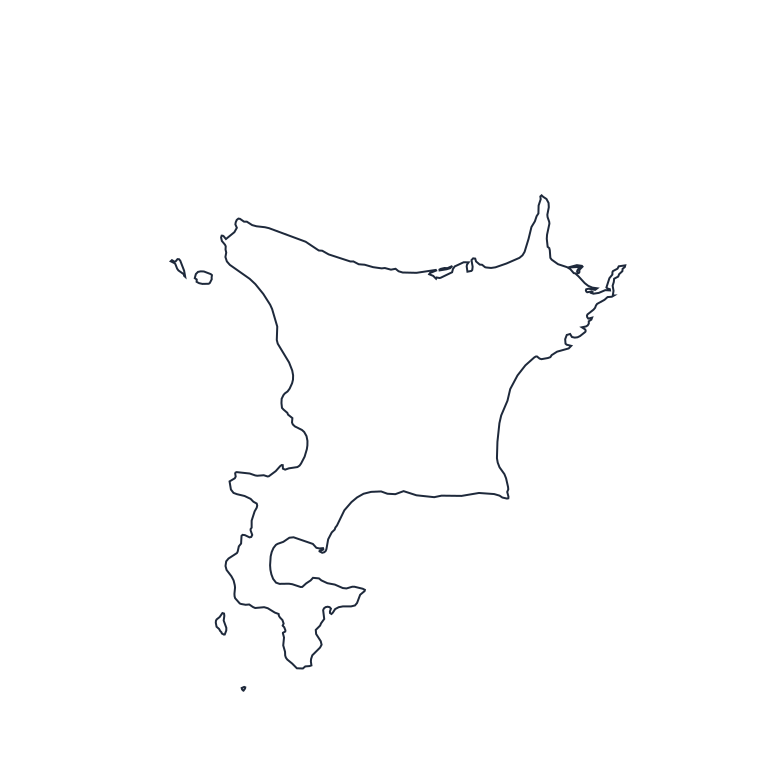 an SVG outline of Hokkaidō, rotated 332°
{"feature_id": "JPN-1847", "entity_name": "Hokkaidō", "entity_type": "Circuit", "adm_level": 1, "iso_a3": "JPN", "parent_name": "Japan", "parent_adm1": "", "projection": "natural_earth1", "projection_center": [142.428, 43.461], "detail": "fine", "context": "isolated", "style": "outline", "palette": "slate", "viewbox_px": 768, "rotation_deg": 332, "n_neighbors": 0, "source": "natural_earth", "source_scale": "10m", "svg_char_len": 6172}
<svg xmlns="http://www.w3.org/2000/svg" viewBox="0 0 768 768"><g transform="rotate(332 384 384)"><path d="M646.5,390.3L652.7,392.5L651.5,393.8L648.8,394.3L647.4,396.3L643.2,397.4L641.2,399.1L636.6,399.1L634.8,401.8L632.0,404.6L630.4,409.5L627.6,413.2L628.7,413.8L626.1,413.9L622.2,412.2L618.2,413.2L609.8,413.3L608.0,414.2L606.2,415.8L604.0,416.7L596.3,418.1L595.3,418.9L594.8,420.4L595.1,422.2L598.9,423.1L597.3,424.5L594.2,424.8L593.2,426.8L591.3,427.9L589.3,428.0L585.3,426.8L587.3,430.4L587.0,431.8L586.2,432.5L579.6,433.7L576.8,433.6L574.2,432.6L572.0,430.7L571.8,427.2L568.4,426.5L565.0,429.5L563.2,433.6L563.7,435.0L567.2,438.2L563.8,439.3L552.0,436.7L545.6,437.2L543.5,438.4L540.9,438.0L534.7,436.0L533.3,434.6L532.0,431.5L530.9,431.0L529.1,431.1L517.6,433.9L505.9,439.1L493.1,447.7L485.2,456.7L472.7,466.8L467.5,472.8L457.0,488.3L448.9,502.5L447.5,506.8L446.9,511.8L448.0,520.1L447.5,524.6L445.2,533.1L444.3,535.3L442.1,537.2L441.0,541.9L440.1,543.3L438.8,542.9L435.2,539.8L433.6,536.8L429.6,532.9L416.7,524.8L399.9,519.2L382.4,509.6L375.2,507.5L360.4,497.5L351.0,487.8L342.3,486.6L335.5,482.5L331.0,477.5L322.0,473.2L314.4,471.3L307.0,471.5L299.8,473.0L289.7,476.9L276.0,486.9L273.7,487.9L272.1,489.4L268.2,490.5L261.8,494.9L255.6,502.8L254.2,504.0L252.3,504.5L250.2,504.0L248.5,501.5L248.9,501.0L252.1,501.7L252.9,501.4L253.1,500.3L249.8,498.9L247.4,496.9L246.1,491.8L232.2,476.9L228.3,475.3L221.0,476.1L215.0,475.2L213.0,475.3L209.4,476.9L206.0,479.6L203.0,483.0L198.3,490.6L196.5,494.7L195.2,499.2L194.6,504.0L195.4,508.7L197.9,511.4L206.3,515.7L209.0,517.7L215.1,524.1L216.6,524.8L221.7,523.5L227.0,523.0L230.3,521.8L235.3,525.1L236.5,528.0L240.5,533.3L246.4,538.0L251.8,544.8L254.9,546.9L260.8,548.1L262.8,549.2L269.1,554.8L270.5,556.8L269.7,557.7L264.0,558.9L257.4,564.7L254.4,565.9L250.5,564.9L243.4,561.1L239.2,559.8L235.2,559.8L231.4,561.9L229.6,562.4L228.8,560.9L229.5,559.4L231.7,557.4L231.2,555.5L229.7,554.2L227.7,553.6L225.7,553.9L224.1,555.1L220.9,563.4L216.0,565.8L214.2,567.3L208.3,569.1L206.7,572.9L207.4,581.4L206.5,584.9L203.8,586.7L193.3,589.9L190.5,592.6L189.2,594.6L187.8,598.4L185.8,598.1L181.9,596.4L178.8,597.1L173.6,594.1L171.7,587.8L169.2,581.8L168.9,579.5L169.3,577.3L170.9,574.0L172.3,567.5L176.7,560.9L177.7,556.6L178.0,556.2L180.6,556.2L181.3,555.2L181.7,551.9L181.1,549.8L182.9,548.4L183.5,544.8L182.5,541.2L182.4,539.2L183.0,537.6L180.3,534.6L176.1,527.4L173.4,524.8L165.1,521.3L163.6,519.4L161.5,515.4L158.2,514.0L154.5,511.1L153.6,510.0L152.0,503.3L152.4,501.3L153.4,499.1L156.9,493.8L157.8,491.5L159.0,486.8L159.0,482.1L157.7,474.3L158.6,470.3L161.4,466.5L164.8,465.1L174.8,464.2L176.1,463.3L179.6,459.2L182.9,457.8L186.9,451.2L188.3,450.8L190.2,452.1L193.3,456.3L195.0,456.7L196.8,455.4L197.5,450.6L198.1,449.5L199.7,448.7L203.0,442.5L210.0,435.7L213.5,433.5L215.0,431.8L215.5,429.8L213.4,426.6L212.3,422.8L208.3,417.4L202.5,412.3L200.0,409.5L199.3,405.3L201.9,397.5L208.0,397.2L209.6,396.1L210.6,393.1L211.3,392.5L212.5,392.6L223.4,400.0L227.4,404.3L229.0,405.5L235.0,408.1L237.8,411.0L239.0,411.4L247.5,410.1L253.7,407.8L255.6,407.5L256.5,408.1L255.0,411.3L256.5,413.2L260.4,413.8L268.6,416.7L271.2,416.4L273.4,415.3L279.8,410.9L285.3,405.3L287.5,402.3L289.7,398.3L291.1,393.7L291.0,388.9L290.0,386.1L285.4,379.6L284.5,376.9L284.7,374.8L287.1,371.1L284.9,366.0L285.1,364.1L283.3,359.5L282.7,357.2L284.5,352.7L286.7,349.0L290.0,346.6L291.9,345.8L295.4,345.3L298.5,343.8L303.2,340.2L305.7,337.4L307.8,333.7L309.3,329.0L310.3,320.4L309.1,298.5L310.0,294.8L316.7,283.2L320.4,265.3L320.7,260.6L319.7,247.8L317.3,235.4L314.8,228.1L303.8,206.4L302.8,202.0L303.6,197.4L306.4,193.9L307.2,190.9L308.9,188.1L309.0,186.4L308.0,181.6L308.9,178.2L310.3,176.8L311.3,177.4L311.8,178.3L312.5,181.8L323.2,179.7L327.4,177.0L327.7,173.3L329.0,171.6L331.0,170.0L333.1,169.6L334.4,170.6L336.6,174.9L339.1,176.3L342.2,181.8L345.5,184.9L352.5,189.7L355.6,192.4L381.6,221.6L389.1,235.5L392.0,237.3L396.0,243.6L411.8,260.0L414.5,261.4L417.9,266.4L422.9,269.6L429.2,275.7L436.2,280.8L439.2,282.0L443.8,286.3L448.3,287.7L449.8,291.3L452.8,294.3L464.9,301.1L483.3,307.6L483.3,308.3L476.6,307.6L475.4,308.3L478.2,311.6L479.4,315.5L480.5,314.7L482.8,316.5L483.9,316.8L496.6,317.3L498.9,314.8L501.6,313.4L511.5,313.9L515.8,316.3L513.3,317.6L512.2,319.0L510.4,324.0L514.3,325.2L515.5,324.7L517.3,322.1L519.4,315.7L521.7,314.9L523.4,316.1L522.8,319.0L524.6,323.5L526.6,324.8L528.0,328.2L528.8,329.0L533.0,331.8L537.2,333.3L548.7,335.1L562.8,336.2L566.7,335.4L570.2,333.3L579.7,323.8L587.9,314.6L593.6,311.2L597.5,307.5L600.4,305.9L604.3,299.0L609.1,294.4L610.1,291.8L611.7,291.4L612.4,293.4L614.3,296.9L614.3,301.4L612.5,305.3L607.7,311.2L606.8,313.4L606.0,318.4L605.3,320.1L598.0,328.8L595.9,332.2L592.9,339.7L593.7,341.6L593.2,343.7L590.1,350.7L590.4,352.9L593.9,359.9L600.5,366.8L602.4,370.0L603.6,375.2L604.8,376.1L606.3,380.4L608.6,389.2L610.4,393.2L613.2,396.7L617.2,399.6L614.6,400.0L609.4,395.9L607.0,395.3L606.2,396.1L606.0,397.3L606.5,398.4L610.7,399.8L611.2,400.6L609.8,401.0L611.3,402.6L616.4,404.4L623.4,405.0L627.5,407.5L627.9,406.3L626.2,404.6L625.7,403.2L632.7,396.4L637.0,394.6L638.2,392.5L639.2,391.8L644.3,391.8L646.5,390.3ZM282.6,205.6L283.2,207.1L281.7,209.2L281.1,210.6L277.7,213.0L276.3,213.2L270.7,210.4L268.1,208.2L266.5,205.8L267.7,203.8L266.6,201.7L269.5,198.6L272.4,197.7L275.1,198.5L277.8,200.1L282.6,205.6ZM133.8,510.4L135.0,511.6L134.2,513.7L131.4,517.6L130.3,525.3L129.0,527.6L125.8,530.4L125.0,530.1L123.7,528.1L123.9,526.9L123.4,525.1L123.4,522.9L122.2,519.7L123.4,515.8L124.5,514.1L125.7,513.3L129.5,512.6L133.8,510.4ZM260.3,176.8L261.6,177.6L262.0,179.5L260.7,190.1L258.8,196.0L258.3,194.6L258.8,193.2L255.8,187.2L255.5,185.0L256.1,180.1L255.7,178.9L253.3,175.5L254.9,175.1L256.5,177.8L257.6,177.9L260.3,176.8ZM610.1,369.6L614.2,372.6L614.4,373.6L610.2,374.9L609.0,377.0L607.9,377.5L607.0,377.0L607.3,375.3L608.2,374.4L611.8,372.5L601.1,367.5L610.1,369.6ZM491.9,310.0L494.4,311.5L499.7,311.9L496.8,312.8L493.2,312.1L486.4,309.8L486.7,309.0L488.2,309.0L491.9,310.0ZM118.3,585.8L119.1,586.7L118.4,587.6L116.0,588.8L115.6,588.3L115.3,586.9L115.6,585.6L118.3,585.8Z" fill="none" stroke="#1e293b" stroke-width="2"/></g></svg>